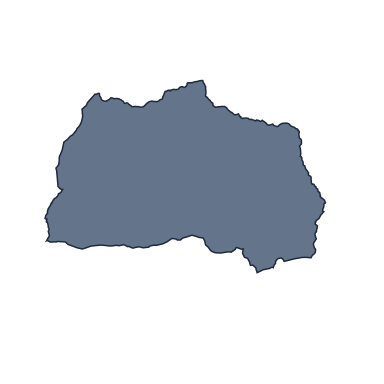 outline of Rau Alb, Dâmbovita, Romania, rotated 295°
{"feature_id": "2599482B47539139457453", "entity_name": "Rau Alb", "entity_type": "district", "adm_level": 2, "iso_a3": "ROU", "parent_name": "Romania", "parent_adm1": "Dâmbovita", "projection": "natural_earth1", "projection_center": [25.346, 45.149], "detail": "fine", "context": "isolated", "style": "filled", "palette": "slate", "viewbox_px": 384, "rotation_deg": 295, "n_neighbors": 0, "source": "geoboundaries", "source_scale": "gbopen_adm2", "svg_char_len": 5992}
<svg xmlns="http://www.w3.org/2000/svg" viewBox="0 0 384 384"><g transform="rotate(295 192 192)"><path d="M182.7,327.7L184.4,327.7L185.6,327.9L188.1,329.1L189.7,329.2L192.0,328.4L192.4,328.0L193.1,326.7L194.2,325.5L196.2,324.0L197.8,323.8L199.4,324.2L200.7,324.2L201.9,324.5L202.4,324.2L203.3,323.0L203.9,322.8L204.8,321.8L206.4,320.9L208.4,321.5L208.8,321.5L209.5,321.1L212.3,320.6L214.1,320.0L214.4,319.8L215.0,317.2L216.4,316.6L216.7,316.9L217.3,316.7L217.9,316.8L218.8,316.7L221.3,318.2L226.3,318.6L227.3,319.1L228.4,319.2L228.9,319.5L229.9,319.7L229.8,318.5L231.1,318.2L231.5,317.8L232.2,317.7L233.3,317.9L235.7,317.2L236.6,316.7L237.2,316.8L238.1,317.4L238.8,317.5L239.5,316.5L240.6,315.5L240.7,314.7L241.4,312.8L241.3,311.5L241.9,310.9L241.9,310.3L242.1,310.0L243.3,309.8L243.7,309.2L244.4,308.5L244.8,308.5L245.2,308.2L245.7,307.5L245.5,306.7L245.8,306.1L247.8,304.6L247.7,304.0L247.8,303.9L248.0,303.0L249.2,301.9L249.1,301.1L249.3,300.7L249.7,300.3L250.3,299.5L250.5,298.9L250.3,298.1L249.9,297.6L250.2,297.0L251.0,296.1L252.3,295.6L254.2,294.3L255.6,293.8L256.3,292.9L256.5,290.5L257.8,289.6L258.3,289.7L258.7,289.5L258.7,289.1L259.9,287.5L260.5,286.0L261.3,284.9L263.3,283.2L263.4,281.8L263.7,281.2L265.3,280.5L266.7,279.4L266.9,278.8L267.5,278.1L269.6,277.0L270.1,276.1L270.1,275.1L272.6,274.4L274.8,273.2L276.9,272.0L278.2,271.0L279.0,270.0L281.5,270.8L282.6,270.6L285.0,269.3L285.8,268.5L286.4,266.4L289.5,264.4L291.3,264.0L292.1,263.6L292.5,262.8L292.5,262.1L292.6,261.8L293.3,261.7L293.6,260.9L293.3,259.4L293.9,257.4L293.7,256.1L293.6,253.8L294.7,251.1L294.7,250.0L294.5,249.0L293.6,247.0L292.5,245.1L291.9,244.3L289.9,243.0L287.8,242.1L287.3,241.5L286.9,238.9L286.9,237.9L287.7,236.4L285.7,234.4L285.0,233.2L284.8,231.8L285.9,229.6L286.3,227.6L286.3,226.9L286.7,225.4L285.2,224.6L284.9,224.3L285.0,222.1L284.5,220.0L283.5,219.9L283.3,219.6L283.3,218.1L283.0,216.1L283.1,215.6L282.0,213.4L282.5,211.8L281.8,209.6L281.1,208.1L280.6,207.4L280.1,207.2L280.0,206.7L280.1,204.3L280.4,204.0L280.8,204.2L281.1,202.7L282.4,201.3L282.4,201.0L281.8,200.5L281.0,199.6L280.1,198.2L280.1,197.1L281.0,194.3L280.5,193.7L281.0,192.8L281.0,192.4L281.3,191.7L281.4,190.7L282.2,188.9L282.9,187.9L283.1,187.2L282.9,186.9L283.2,185.9L283.2,185.0L282.7,184.4L282.3,183.1L281.8,182.3L281.1,181.5L280.8,180.5L278.7,177.4L278.8,177.1L279.2,174.4L280.6,173.8L281.3,173.3L281.3,172.3L281.6,171.9L281.8,170.8L282.7,169.6L283.0,167.9L283.8,166.5L284.3,165.4L284.6,163.8L285.3,163.3L286.5,163.2L288.4,162.4L290.3,161.4L290.6,160.9L291.2,160.8L293.3,159.8L293.9,158.7L294.5,158.3L294.7,157.8L295.3,157.3L295.7,156.3L296.0,155.9L297.6,154.6L296.2,152.1L294.7,150.4L292.6,147.4L291.6,146.5L290.6,145.0L289.8,143.1L289.0,141.9L288.5,141.7L288.1,141.7L287.4,142.2L286.9,142.3L285.0,141.8L283.7,141.1L283.4,140.6L283.4,138.9L283.2,138.3L282.7,137.6L281.5,136.6L279.6,136.2L278.9,135.6L277.7,133.6L277.4,132.2L276.4,130.9L275.6,130.1L274.4,129.6L274.9,129.1L274.2,127.4L272.6,126.3L272.0,125.4L271.7,125.2L271.0,125.1L268.7,125.4L266.3,125.3L264.0,125.8L263.3,125.6L263.0,125.0L262.4,124.3L261.9,123.9L260.8,123.6L260.1,123.1L259.2,122.2L258.0,119.4L257.4,117.3L257.0,116.5L255.5,114.9L252.9,113.4L252.0,113.2L249.4,112.2L248.5,111.7L247.9,110.9L247.1,109.4L246.6,107.0L245.8,105.2L245.7,104.5L244.8,103.4L244.9,103.1L243.9,101.6L243.9,101.3L244.5,99.9L244.7,97.8L245.4,96.2L245.3,95.4L244.2,94.0L243.9,93.4L244.1,92.7L245.1,91.3L245.2,91.0L245.1,90.0L245.6,88.8L245.4,87.7L245.6,86.8L245.5,85.9L245.0,84.3L244.1,82.9L244.1,82.7L243.6,81.9L243.6,80.6L243.2,78.7L241.2,78.0L239.0,76.6L237.6,75.1L237.2,73.7L237.3,71.6L237.5,70.9L239.2,69.3L239.9,67.7L241.7,66.8L242.1,66.3L242.1,66.0L241.7,65.3L240.2,64.0L239.8,63.5L239.8,62.8L236.7,61.9L231.1,60.1L230.8,60.2L229.5,59.7L228.4,59.5L226.6,59.7L225.7,59.6L225.0,59.4L223.6,58.6L222.4,58.2L220.6,57.3L218.6,58.6L216.5,59.6L215.2,60.6L213.7,61.0L213.3,61.4L211.4,61.6L209.6,62.1L207.4,62.2L204.4,62.1L200.8,61.0L199.0,61.1L197.4,60.6L196.1,60.4L193.3,59.6L191.6,58.4L189.5,57.6L187.2,57.0L183.0,54.8L175.5,56.6L169.8,56.9L169.1,56.7L166.5,57.3L164.7,58.3L160.5,59.6L157.2,59.0L156.2,58.6L154.8,59.6L154.5,60.1L141.9,67.4L141.7,67.7L140.5,68.1L139.3,70.8L139.2,71.7L139.2,72.7L139.6,73.7L139.2,73.7L137.1,73.4L136.5,73.5L135.6,73.0L134.0,71.8L133.7,71.7L133.2,72.1L132.6,71.9L131.6,71.9L130.8,71.7L130.0,71.3L129.5,71.3L127.8,70.0L127.0,70.1L126.2,69.7L123.9,69.6L123.1,69.3L122.8,69.3L122.4,69.7L121.7,69.2L121.2,69.1L120.3,69.3L119.3,69.3L117.8,68.9L117.2,69.1L116.2,68.7L115.7,68.9L113.4,69.1L111.8,70.0L111.6,69.8L110.9,69.7L110.4,69.8L109.9,69.5L108.5,69.5L105.8,70.1L105.8,71.3L106.1,72.0L104.6,72.2L104.1,72.6L103.4,72.6L103.3,72.9L103.7,73.3L103.5,73.6L103.1,73.7L102.9,74.2L100.6,76.0L99.7,76.4L98.9,77.0L98.0,78.2L97.6,78.3L95.7,78.3L94.1,79.6L92.6,81.0L91.4,81.2L86.4,80.8L86.6,81.0L86.9,82.1L86.7,84.6L87.7,86.8L88.5,87.8L89.3,90.1L90.2,90.7L93.1,98.1L93.0,99.1L92.1,101.6L92.9,111.5L94.0,116.7L95.9,118.8L100.4,123.4L105.2,131.5L106.4,134.5L108.3,140.3L109.9,143.2L111.6,145.7L112.5,148.6L115.3,152.3L115.5,153.7L115.3,156.9L116.2,158.2L115.9,159.7L116.3,162.4L118.1,164.4L120.2,167.7L120.4,169.6L120.9,171.5L123.8,176.2L124.8,176.4L125.6,177.1L127.6,179.8L128.7,182.4L132.8,187.5L136.2,190.4L141.2,193.3L142.3,196.0L142.6,198.1L142.2,198.8L143.6,201.8L146.3,203.0L149.3,206.5L152.8,210.2L153.4,213.4L153.9,217.8L155.0,221.7L152.9,224.3L149.8,226.7L149.0,229.7L146.9,233.4L146.5,235.4L146.8,238.9L149.0,244.1L152.5,249.2L153.5,251.0L153.9,252.8L155.9,254.1L158.3,255.5L160.2,255.4L160.6,256.3L161.1,261.0L162.1,262.4L157.7,263.8L155.0,267.2L155.4,270.4L152.7,273.9L150.2,275.9L151.4,277.9L150.3,281.9L148.9,282.8L147.4,284.3L146.4,285.1L149.5,287.7L151.7,289.4L154.6,293.4L155.6,294.7L157.0,295.7L157.7,296.5L157.7,297.6L160.3,297.3L161.4,297.6L162.8,297.8L163.8,297.3L164.8,297.2L167.6,297.8L168.3,298.5L169.9,300.6L169.6,302.6L168.1,304.9L174.7,313.0L179.1,319.2L181.0,323.0L182.7,327.7Z" fill="#64748b" stroke="#1e293b" stroke-width="1.5"/></g></svg>